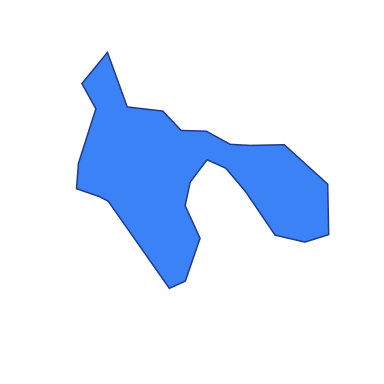 the district of Aravan, Osh, Kyrgyzstan, rotated 202°
{"feature_id": "92254566B45437421976043", "entity_name": "Aravan", "entity_type": "district", "adm_level": 2, "iso_a3": "KGZ", "parent_name": "Kyrgyzstan", "parent_adm1": "Osh", "projection": "equal_earth", "projection_center": [72.448, 40.46], "detail": "fine", "context": "isolated", "style": "filled", "palette": "blue", "viewbox_px": 384, "rotation_deg": 202, "n_neighbors": 0, "source": "geoboundaries", "source_scale": "gbopen_adm2", "svg_char_len": 502}
<svg xmlns="http://www.w3.org/2000/svg" viewBox="0 0 384 384"><g transform="rotate(202 192 192)"><path d="M300.3,151.8L275.8,153.0L266.3,152.1L176.9,94.2L164.8,106.9L167.2,152.1L193.2,176.7L197.4,200.5L190.1,227.5L169.6,226.7L142.4,212.4L98.8,183.1L68.6,187.8L49.3,203.7L69.1,250.1L124.2,270.4L150.3,259.2L155.7,256.9L174.4,250.5L201.6,253.7L225.2,245.0L249.4,256.1L283.9,246.6L322.7,289.8L334.7,251.3L312.3,233.1L308.0,175.9L300.3,151.8Z" fill="#3b82f6" stroke="#1e3a8a" stroke-width="1.5"/></g></svg>